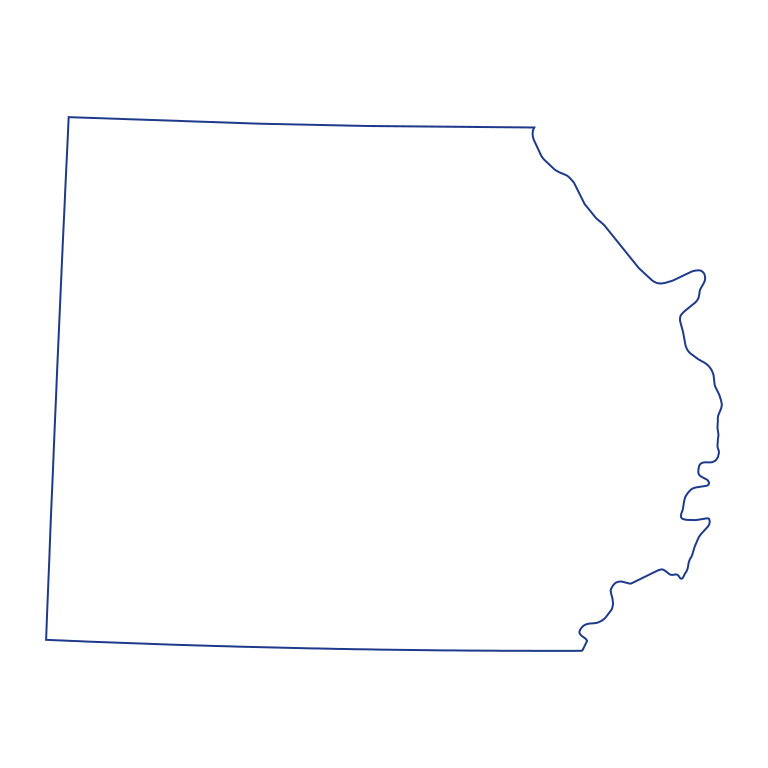 the border of Al Wadi at Jadid
{"feature_id": "EGY-1550", "entity_name": "Al Wadi at Jadid", "entity_type": "Governorate", "adm_level": 1, "iso_a3": "EGY", "parent_name": "Egypt", "parent_adm1": "", "projection": "orthographic", "projection_center": [30.896, 24.831], "detail": "fine", "context": "isolated", "style": "outline", "palette": "blue", "viewbox_px": 768, "rotation_deg": 0, "n_neighbors": 0, "source": "natural_earth", "source_scale": "10m", "svg_char_len": 4092}
<svg xmlns="http://www.w3.org/2000/svg" viewBox="0 0 768 768"><path d="M66.0,174.0L66.4,165.8L67.9,134.7L68.5,120.7L68.7,117.1L70.2,117.2L259.6,123.7L368.0,126.0L534.3,127.5L533.3,129.5L532.9,130.6L532.6,134.1L532.9,136.7L533.7,139.6L541.3,155.9L542.7,157.9L544.0,159.5L554.9,169.8L558.9,172.1L566.5,175.3L567.8,176.2L569.3,177.5L573.2,181.7L574.2,183.1L584.6,204.0L596.1,218.2L604.0,224.9L638.8,268.1L652.1,280.4L652.9,281.0L654.4,281.9L656.4,282.8L657.6,283.2L659.2,283.4L661.5,283.5L665.5,282.8L672.8,280.6L691.8,271.5L694.1,270.8L697.9,270.3L699.3,270.4L700.5,270.6L701.4,270.9L702.3,271.6L703.1,272.3L703.8,273.2L704.4,274.2L704.7,275.1L705.1,277.0L705.1,278.9L704.9,280.2L704.6,281.1L703.8,283.0L700.4,289.0L700.0,290.1L699.7,291.2L699.1,295.5L698.6,297.6L698.2,298.6L697.7,299.5L697.1,300.4L695.6,302.2L684.2,311.5L681.8,314.0L680.6,315.8L680.3,316.8L680.1,317.8L680.0,319.7L680.1,321.1L683.1,332.2L685.5,345.4L686.8,348.8L687.6,350.2L688.4,351.3L690.1,353.2L698.2,359.2L705.0,363.0L708.0,365.3L709.7,367.3L711.2,369.4L712.2,371.4L713.5,374.8L714.6,384.3L714.9,385.6L715.5,387.2L719.2,394.6L720.8,399.5L721.6,402.9L721.6,403.5L721.9,404.7L721.2,408.2L718.1,415.8L717.7,419.4L717.9,419.7L717.9,420.9L717.7,422.9L717.5,428.0L718.4,434.4L718.4,435.5L717.8,440.1L717.8,442.3L717.6,443.3L717.5,446.3L717.7,447.5L718.9,451.3L718.9,453.0L718.1,456.3L717.9,457.3L717.2,458.1L716.9,458.7L716.2,459.8L715.3,460.6L714.4,461.2L713.3,461.7L712.3,462.1L710.3,462.4L704.9,462.3L702.9,462.6L701.9,463.0L701.0,463.4L700.3,464.1L699.9,464.7L699.6,465.0L699.1,466.2L698.5,469.0L698.3,471.7L698.5,473.3L698.9,474.5L699.7,475.4L700.6,476.2L704.5,478.4L706.4,479.3L707.4,480.0L708.2,480.9L709.0,482.6L708.9,483.8L708.4,484.8L707.5,485.4L706.4,485.8L696.1,487.4L693.9,488.0L693.0,488.4L692.0,488.9L691.0,489.6L689.2,491.4L687.6,493.3L685.6,496.3L685.1,497.3L684.1,501.3L683.0,508.3L682.4,510.8L681.7,512.4L681.3,513.7L680.9,516.0L681.2,517.4L681.9,518.4L682.8,518.9L683.8,519.3L687.2,519.9L695.7,520.1L707.1,518.3L708.1,518.4L709.0,518.8L709.6,520.5L709.7,522.0L709.4,523.7L708.9,524.9L708.2,526.2L700.8,534.3L698.7,537.3L694.7,546.6L692.2,554.9L691.5,556.7L691.2,557.2L690.4,558.2L689.6,560.0L688.7,562.5L687.8,567.8L687.0,570.3L686.1,572.0L685.4,572.9L684.8,573.9L683.1,577.4L682.3,578.4L681.4,578.7L680.5,578.5L679.8,577.7L678.7,576.0L678.0,575.2L677.1,574.7L676.1,574.4L675.1,574.5L672.8,574.9L671.6,574.9L670.5,574.7L669.5,574.2L665.6,571.1L663.7,569.9L662.6,569.5L661.6,569.4L660.5,569.6L658.1,570.3L631.2,583.5L630.2,583.6L629.3,583.5L622.0,581.6L620.0,581.5L619.0,581.7L617.9,581.9L616.8,582.3L615.6,582.8L614.4,583.9L613.2,585.2L611.7,587.6L611.1,589.1L610.7,590.4L610.7,591.4L611.1,593.4L612.5,598.8L613.1,603.8L613.0,604.4L612.4,607.4L611.9,608.9L611.1,610.3L605.2,618.0L602.2,620.4L600.8,621.2L598.7,622.2L596.6,622.9L594.6,623.2L590.3,623.5L588.1,623.8L586.0,624.4L583.9,625.5L582.8,626.4L581.6,627.6L580.3,629.5L579.7,630.9L579.4,632.2L579.6,633.1L580.1,634.1L580.8,635.0L581.7,635.9L585.5,638.6L586.3,639.6L587.0,640.6L587.1,640.8L586.8,641.5L582.6,650.1L581.5,650.8L578.2,650.8L569.9,650.9L561.5,650.9L553.2,650.9L544.9,650.9L536.6,650.9L528.2,650.8L519.9,650.8L511.6,650.8L503.2,650.8L494.9,650.7L486.6,650.7L478.3,650.6L469.9,650.6L461.6,650.5L453.3,650.4L445.0,650.4L436.6,650.3L428.3,650.2L420.0,650.1L411.7,650.0L403.3,649.9L395.0,649.8L386.7,649.7L378.4,649.6L370.0,649.4L361.7,649.3L353.4,649.2L345.1,649.0L336.7,648.9L328.4,648.7L320.1,648.5L311.8,648.4L303.5,648.2L295.1,648.0L286.8,647.8L278.5,647.6L270.2,647.4L261.9,647.2L253.6,647.0L245.3,646.8L236.9,646.6L228.6,646.3L220.3,646.1L212.0,645.9L203.7,645.6L195.4,645.4L187.1,645.1L178.8,644.9L170.5,644.6L162.2,644.3L153.9,644.0L145.6,643.7L137.3,643.4L129.0,643.1L120.7,642.8L112.4,642.5L104.1,642.2L95.8,641.9L87.5,641.6L79.2,641.2L70.9,640.9L62.6,640.5L54.4,640.2L46.1,639.8L47.1,612.9L48.2,586.1L49.3,559.2L50.3,532.3L51.4,505.4L52.6,478.5L53.7,451.6L54.8,424.7L56.0,397.8L57.1,370.8L58.3,343.9L59.5,317.0L60.7,290.1L61.9,263.2L63.1,236.3L64.4,209.4L65.2,191.4L66.0,174.0Z" fill="none" stroke="#1e3a8a" stroke-width="2"/></svg>